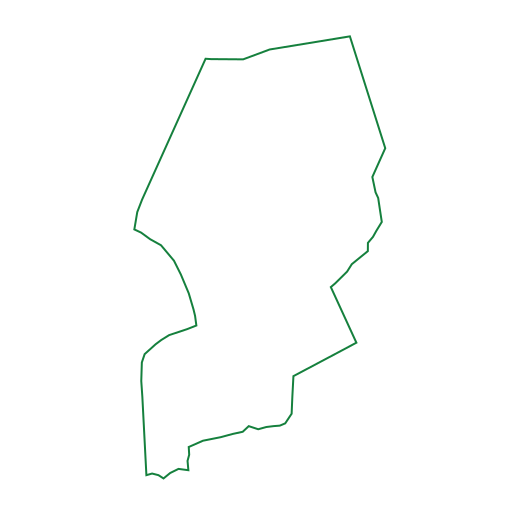 São Luis do Piauí, Piauí, Brazil, rotated 350°
{"feature_id": "56859067B34363734324768", "entity_name": "São Luis do Piauí", "entity_type": "district", "adm_level": 2, "iso_a3": "BRA", "parent_name": "Brazil", "parent_adm1": "Piauí", "projection": "robinson", "projection_center": [-41.277, -6.772], "detail": "fine", "context": "isolated", "style": "outline", "palette": "green", "viewbox_px": 512, "rotation_deg": 350, "n_neighbors": 0, "source": "geoboundaries", "source_scale": "gbopen_adm2", "svg_char_len": 953}
<svg xmlns="http://www.w3.org/2000/svg" viewBox="0 0 512 512"><g transform="rotate(350 256 256)"><path d="M339.8,358.8L324.3,299.6L329.4,296.6L343.0,287.2L348.9,280.7L359.1,275.0L367.0,270.6L368.5,262.5L374.5,257.5L378.9,252.1L385.8,244.3L386.1,231.3L386.4,220.1L384.8,214.1L384.3,198.4L402.0,172.3L386.6,56.0L305.3,55.0L277.5,60.1L245.9,54.3L240.6,53.0L153.6,180.7L146.7,192.1L140.8,208.7L146.9,213.0L154.7,221.1L164.3,228.9L174.4,246.4L178.8,261.2L183.3,281.1L185.2,297.9L185.6,304.4L185.2,314.1L175.3,316.1L156.8,318.8L148.3,322.2L141.8,325.5L129.3,333.3L125.1,341.0L121.3,359.2L119.6,375.1L110.0,452.8L115.9,452.2L121.9,454.9L126.3,459.0L133.8,454.8L142.7,452.2L152.2,455.2L153.0,445.9L155.7,440.1L156.6,432.4L171.7,428.7L189.8,428.3L202.0,427.2L212.4,426.8L219.3,422.3L228.1,427.0L236.5,426.2L243.9,426.6L250.0,427.2L255.7,425.9L263.7,417.5L267.4,400.7L272.0,380.8L323.9,364.0L339.8,358.8Z" fill="none" stroke="#15803d" stroke-width="2"/></g></svg>